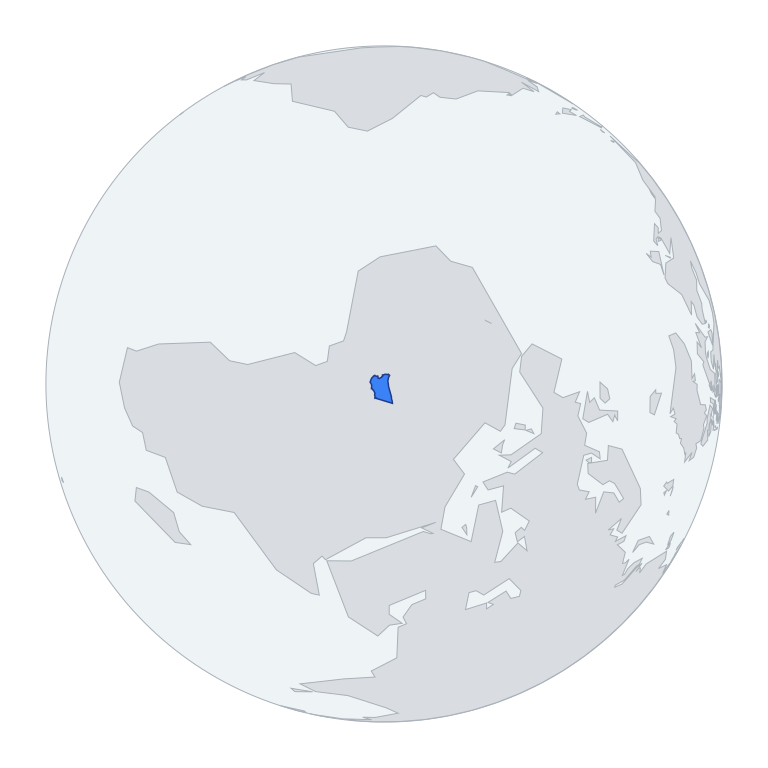 Zinder on an orthographic globe, rotated 108°
{"feature_id": "NER-92", "entity_name": "Zinder", "entity_type": "Department", "adm_level": 1, "iso_a3": "NER", "parent_name": "Niger", "parent_adm1": "", "projection": "orthographic", "projection_center": [9.186, 15.151], "detail": "fine", "context": "on_globe", "style": "filled", "palette": "blue", "viewbox_px": 768, "rotation_deg": 108, "n_neighbors": 0, "source": "natural_earth", "source_scale": "10m", "svg_char_len": 10249}
<svg xmlns="http://www.w3.org/2000/svg" viewBox="0 0 768 768"><g transform="rotate(108 384 384)"><circle cx="384" cy="384" r="338" fill="#eef3f6" stroke="#a8b0b8"/><path d="M308.9,54.5L307.5,54.9L269.3,66.9L274.7,65.4L263.7,70.5L265.9,71.0L258.2,74.1L266.6,72.0L273.2,69.2L279.1,67.6L281.0,68.0L271.5,71.6L269.2,71.9L267.3,73.3L261.8,75.1L265.6,74.4L253.9,79.4L268.2,75.2L261.1,79.9L252.6,83.2L250.1,81.7L224.1,89.0L214.8,93.6L204.1,100.6L191.0,115.0L182.0,121.4L172.3,130.6L178.7,127.1L188.6,118.8L198.2,115.5L209.1,106.8L214.6,104.6L227.2,97.1L228.8,99.8L223.6,106.9L213.3,113.6L210.7,117.3L223.4,112.8L206.9,128.5L200.9,145.0L196.3,149.5L181.9,153.3L174.6,147.4L156.1,156.3L171.6,152.6L159.7,165.6L159.2,169.1L162.0,170.1L167.9,166.3L164.6,171.7L147.9,176.3L150.7,171.5L155.9,169.7L152.4,167.5L141.1,172.6L136.0,179.7L124.4,182.8L120.5,188.3L115.9,192.7L122.7,183.4L110.2,200.7L95.7,213.2L78.3,245.7L91.5,217.4L93.9,211.5L95.2,208.5L92.2,213.5L92.3,213.3L105.8,192.2L120.8,172.1L137.3,153.1L155.1,135.4L174.2,119.1L194.4,104.3L215.7,91.0L237.9,79.3L260.9,69.3L284.6,61.0L308.9,54.5ZM59.2,290.6L58.3,294.2L52.9,316.7L50.3,330.9L50.9,331.4L50.7,341.1L54.1,330.2L58.1,327.3L54.5,346.4L59.6,331.6L59.8,343.2L69.9,351.5L68.2,355.1L76.2,385.3L90.7,403.5L94.0,419.4L91.7,427.0L98.0,432.4L98.2,438.1L128.7,458.0L148.6,477.9L150.8,497.4L139.9,515.4L143.4,558.4L127.4,565.1L132.4,581.5L135.6,601.4L124.7,593.9L137.2,608.6L138.8,613.4L134.3,610.3L141.7,618.8L138.7,616.3L146.4,624.0L150.4,628.2L131.8,608.9L114.7,588.2L99.4,566.1L71.4,509.6L65.8,495.0L58.2,473.6L54.7,459.7L49.4,431.5L46.6,403.1L46.5,400.7L46.3,395.9L46.1,388.1L47.5,367.8L50.0,340.8L50.3,335.3L48.8,342.9L50.1,332.2L59.2,290.6ZM73.2,256.3L69.2,280.5L66.6,277.6L68.0,275.6L70.0,266.9L72.2,257.1L71.3,256.4L73.2,256.3ZM82.2,242.2L82.5,239.5L82.9,240.8L82.2,242.2ZM225.4,96.3L226.2,96.7L223.5,97.8L225.4,96.3ZM230.1,92.9L226.3,94.0L228.0,92.5L230.3,91.9L230.1,92.9ZM234.4,92.0L231.4,90.0L234.4,87.6L245.7,83.4L234.4,92.0ZM274.5,68.2L267.5,71.2L271.6,68.6L274.5,68.2ZM275.6,67.0L279.7,63.1L290.9,59.6L287.3,61.2L300.4,57.1L303.9,57.2L297.5,59.6L289.5,61.6L296.9,60.2L275.6,67.0ZM281.7,66.8L281.6,66.0L291.3,62.7L293.4,63.8L289.6,64.4L281.7,66.8ZM302.2,56.3L309.8,54.5L314.7,54.0L318.3,53.4L305.0,57.0L302.2,56.3ZM288.3,65.4L294.2,64.5L291.4,66.6L282.6,67.4L288.3,65.4ZM292.9,61.6L297.6,60.3L295.7,61.3L292.9,61.6ZM284.5,74.4L284.1,72.9L289.1,70.9L284.5,74.4ZM296.6,64.1L297.6,63.5L299.5,62.7L302.7,62.7L296.6,64.1ZM309.4,56.7L309.8,57.1L315.1,55.1L319.0,55.1L309.3,57.8L315.1,56.7L316.3,56.7L307.1,58.9L309.4,56.7ZM311.8,60.6L300.9,64.9L300.6,67.8L296.1,69.4L297.4,64.5L311.8,60.6ZM309.9,59.3L310.0,60.4L304.4,61.6L300.7,61.6L309.9,59.3ZM325.1,54.4L321.6,53.6L323.8,53.2L325.1,54.4ZM312.8,61.1L315.4,60.1L313.5,61.2L312.8,61.1ZM322.6,56.0L321.0,55.7L323.6,55.1L322.6,56.0ZM321.9,58.7L318.4,60.0L315.8,59.9L321.9,58.7ZM323.1,57.3L327.0,56.6L317.0,59.1L322.0,57.2L323.1,57.3ZM325.2,55.6L326.2,55.1L325.5,55.8L325.2,55.6ZM333.7,58.9L321.7,62.0L316.0,61.6L328.4,58.5L333.7,58.9ZM187.4,658.8L187.6,658.9L190.7,661.0L191.2,661.5L188.7,659.8L187.4,658.8ZM714.3,312.4L712.7,307.0L717.5,331.6L719.0,339.5L720.5,352.9L719.7,345.9L718.8,341.1L715.2,319.9L707.1,292.0L707.5,301.3L703.8,289.2L692.7,268.8L691.3,281.9L691.5,322.1L697.7,354.1L695.1,371.1L676.8,330.9L665.5,302.0L660.9,307.4L640.5,287.2L611.0,295.4L605.0,288.5L599.8,293.9L585.2,289.3L575.4,277.9L567.4,280.7L593.0,310.6L601.4,307.9L606.0,292.8L611.7,304.3L625.6,312.0L616.5,345.9L569.8,383.8L562.4,360.4L512.1,301.0L512.0,293.4L511.7,292.6L510.9,291.2L509.2,303.7L499.6,292.0L529.5,334.3L535.8,353.6L569.2,385.4L566.8,389.7L576.6,395.7L604.8,380.3L605.6,388.4L594.0,428.9L552.5,486.8L556.4,519.1L550.7,547.3L521.4,569.3L520.5,589.6L504.8,598.6L501.6,610.1L487.0,623.3L464.1,636.3L428.7,639.2L429.2,629.5L415.6,610.7L397.9,562.1L409.6,538.1L407.6,519.7L381.7,478.6L387.6,454.7L380.0,444.9L364.7,447.7L355.5,435.8L346.0,435.7L284.6,443.4L264.3,427.0L236.6,377.3L246.6,358.5L245.8,336.0L312.5,262.6L329.6,266.9L385.5,256.3L393.0,258.7L389.7,276.0L434.2,294.7L444.8,279.6L481.9,288.0L504.6,285.0L507.0,252.4L469.8,256.5L460.2,241.9L487.4,225.5L519.4,223.6L516.7,218.0L493.8,207.5L498.4,196.4L485.6,203.3L492.8,208.4L484.9,213.3L477.9,209.1L479.8,205.0L469.4,203.5L462.9,225.0L469.6,232.5L443.9,238.8L452.6,252.3L446.6,259.6L429.8,239.6L429.3,231.8L400.3,211.9L398.4,220.4L425.7,240.2L418.4,239.0L416.1,252.4L412.1,241.3L382.7,219.1L357.8,225.4L330.7,258.6L315.2,261.7L300.1,255.5L305.3,222.6L339.4,219.8L341.7,209.6L330.9,195.6L342.2,196.5L341.9,190.9L354.4,189.8L368.1,176.1L380.3,174.2L381.9,158.1L388.4,155.3L385.6,165.3L390.1,172.0L419.7,169.2L424.4,165.5L423.1,155.6L431.4,156.8L426.3,147.7L441.5,142.9L418.7,141.7L416.6,131.8L423.7,123.8L418.9,120.7L407.3,134.0L406.4,139.7L412.1,144.7L406.0,162.2L396.6,165.7L387.5,147.9L373.2,151.6L372.4,137.5L404.2,107.9L419.4,102.2L452.4,111.5L451.0,117.4L438.5,116.6L453.5,125.6L450.7,120.8L457.6,122.3L457.3,114.5L462.2,115.3L453.5,107.0L459.5,107.2L464.8,112.4L469.5,102.5L480.9,101.7L479.5,99.2L474.9,96.8L492.4,98.2L490.7,96.4L484.3,95.1L476.7,91.0L470.0,84.6L476.4,85.4L479.7,87.8L496.2,94.7L503.9,101.9L505.9,101.7L500.7,95.8L480.6,87.1L474.7,83.2L484.6,86.4L480.6,84.9L479.7,83.2L484.8,82.6L474.1,79.0L455.7,63.6L463.8,62.2L474.7,65.9L468.6,59.5L478.2,60.5L472.3,59.1L465.4,56.4L462.2,55.9L458.9,55.1L445.5,51.7L469.7,57.1L493.5,64.3L516.6,73.2L539.0,83.7L560.6,95.9L581.3,109.7L600.9,124.9L619.3,141.5L636.4,159.4L652.2,178.5L666.6,198.7L679.4,219.9L690.7,242.0L700.2,264.9L708.1,288.4L714.3,312.4ZM293.2,300.3L292.3,307.0L292.2,307.1L293.2,300.3ZM556.2,238.7L573.4,236.8L560.6,218.8L566.2,216.9L559.8,211.9L559.6,217.6L543.2,203.9L548.8,197.1L544.1,189.6L538.1,190.0L530.4,204.8L553.9,223.9L552.1,232.5L556.2,238.7ZM70.4,351.5L71.1,356.3L69.2,355.0L70.4,351.5ZM63.8,284.5L64.1,286.8L63.5,290.6L62.7,290.1L63.8,284.5ZM72.7,300.2L74.3,304.0L71.6,303.3L72.7,300.2ZM69.1,283.9L71.3,298.0L66.2,299.2L65.2,290.6L67.4,291.9L69.1,283.9ZM77.0,251.7L76.6,254.2L75.0,257.1L77.0,251.7ZM82.5,243.3L82.2,243.1L83.4,239.9L82.5,243.3ZM160.7,165.3L161.9,165.1L163.6,167.2L160.5,168.4L160.7,165.3ZM184.6,166.2L178.7,175.0L180.8,169.1L175.4,171.8L173.1,163.6L193.8,151.4L184.8,158.0L184.6,166.2ZM175.7,150.6L174.8,156.3L175.0,150.6L175.7,150.6ZM328.3,164.7L333.8,167.8L330.8,174.1L315.4,179.2L319.6,169.8L328.3,164.7ZM342.2,170.9L337.5,153.4L346.9,150.4L342.4,154.9L349.1,154.7L343.7,162.0L357.3,177.4L355.6,184.2L328.1,188.2L338.0,182.7L332.1,179.7L342.2,170.9ZM308.9,122.6L307.0,117.3L329.8,117.3L328.9,122.3L313.6,127.0L305.5,123.8L308.9,122.6ZM255.0,86.1L252.8,85.8L255.4,84.6L259.4,83.8L255.0,86.1ZM283.9,73.9L267.4,86.6L264.0,86.7L258.4,95.3L247.3,99.2L251.4,93.3L238.6,103.4L237.8,99.6L230.2,106.7L240.3,93.1L239.0,90.9L244.6,91.7L254.8,88.0L258.9,85.7L269.4,78.1L271.8,72.7L282.3,69.0L289.1,67.9L290.1,68.6L283.0,70.6L289.5,70.2L279.9,73.7L283.9,73.9ZM362.6,70.1L353.9,69.9L365.3,74.0L355.8,75.8L357.8,76.2L352.2,79.2L348.7,83.8L343.9,84.2L344.6,85.9L340.9,88.3L340.3,91.0L331.5,92.9L330.0,96.5L326.7,95.4L326.5,101.3L322.7,97.9L317.5,101.4L323.9,102.8L278.1,111.4L261.8,119.2L250.2,128.0L245.3,122.3L252.9,110.9L267.1,98.8L283.5,92.8L278.3,91.8L284.6,88.9L286.1,90.8L287.6,86.1L293.2,84.4L305.8,76.5L304.5,72.0L309.1,69.4L312.4,70.4L314.6,67.3L324.0,67.6L327.4,66.0L340.1,65.3L344.5,68.9L348.1,66.9L357.9,66.8L362.6,70.1ZM337.2,58.8L344.6,61.5L343.0,64.2L321.5,64.6L317.1,66.0L303.3,67.4L305.9,63.8L309.6,63.6L313.8,62.7L311.3,64.1L316.4,62.3L321.7,62.2L327.1,60.9L328.0,62.1L337.2,58.8ZM399.7,252.0L405.1,252.4L413.3,251.1L411.9,259.9L399.7,252.0ZM379.4,236.9L384.1,235.6L386.2,246.4L380.5,246.4L379.4,236.9ZM384.9,226.1L384.2,234.7L381.2,230.0L384.9,226.1ZM389.7,163.9L394.5,162.4L395.7,164.6L393.9,168.3L389.7,163.9ZM394.6,86.4L389.9,84.9L390.9,83.9L385.3,79.0L391.9,77.8L397.9,80.4L394.6,86.4ZM501.7,258.6L496.3,265.5L492.3,262.9L495.0,261.0L501.7,258.6ZM452.8,263.1L464.8,266.1L452.3,265.5L452.8,263.1ZM400.9,84.3L397.9,82.3L403.0,83.0L400.9,84.3ZM396.5,76.9L402.2,77.2L392.1,77.2L396.5,76.9ZM576.9,658.2L575.3,660.4L572.1,661.9L576.9,658.2ZM599.2,533.7L572.3,584.7L559.0,587.5L559.4,574.3L571.3,544.3L587.7,533.1L596.5,518.2L599.2,533.7ZM721.9,383.1L719.6,358.8L720.4,356.8L721.4,364.6L721.9,383.1ZM698.8,356.7L704.1,373.6L702.1,378.4L698.8,356.7ZM452.9,78.0L453.3,85.6L457.9,91.6L467.4,95.5L454.2,93.9L447.0,84.5L452.9,78.0ZM454.7,65.0L446.4,62.6L449.8,62.3L452.1,62.8L454.7,65.0ZM449.9,64.5L440.1,64.5L435.3,62.4L443.9,62.7L449.9,64.5ZM420.8,72.7L420.4,74.8L416.2,73.9L420.8,72.7ZM457.3,55.0L452.8,54.0L453.7,53.9L457.3,55.0ZM440.9,51.4L443.0,52.2L438.1,51.0L440.9,51.4ZM448.4,54.3L442.6,52.3L451.9,54.8L448.4,54.3Z" fill="#d9dde1" stroke="#a8b0b8" stroke-width="1"/><path d="M392.4,394.5L389.6,395.1L389.4,395.2L388.3,395.8L388.2,395.9L388.1,396.0L387.9,396.2L387.8,396.3L387.6,396.5L386.7,397.7L386.5,397.8L386.4,397.8L385.1,397.7L384.7,397.8L382.8,397.6L382.6,397.6L381.1,397.1L380.9,397.0L380.8,396.9L380.6,396.6L380.3,396.3L380.1,396.2L379.9,396.2L379.7,396.2L379.6,396.3L379.5,396.2L378.9,395.7L378.7,395.5L378.6,395.4L379.0,394.7L378.9,393.7L379.0,393.2L378.9,393.0L378.7,392.9L378.5,392.7L378.4,392.6L378.4,392.4L378.5,392.4L378.6,392.2L380.2,391.4L380.3,391.4L380.3,391.2L380.3,390.8L380.2,390.7L380.2,390.3L380.2,390.2L379.4,389.5L379.3,389.4L379.3,389.2L379.2,389.1L378.9,388.9L378.6,388.6L378.4,388.5L378.2,388.5L378.0,388.3L377.9,388.3L377.9,388.2L377.6,388.1L377.3,387.7L377.2,387.7L376.9,387.7L376.7,387.7L376.2,388.2L376.1,388.3L376.0,388.2L375.7,388.1L375.6,387.9L375.5,387.1L375.4,387.0L374.9,386.7L374.7,386.5L374.6,386.1L374.4,385.9L374.2,384.8L374.1,384.6L373.9,384.2L373.9,383.3L373.8,383.1L373.4,382.9L373.9,381.6L374.1,381.3L376.4,381.7L377.4,381.7L377.8,381.4L378.0,381.4L379.1,381.4L379.4,381.4L380.4,381.1L382.8,379.8L384.8,379.0L394.0,372.9L395.6,372.4L397.9,370.8L399.8,370.0L400.1,387.1L399.9,387.1L399.6,387.3L399.5,387.5L399.6,387.8L399.7,388.0L399.9,388.0L400.0,388.1L399.9,388.1L399.5,388.4L399.5,388.5L399.4,388.5L398.9,388.5L397.4,389.5L396.3,389.8L396.2,389.8L395.9,389.7L395.6,389.7L393.3,391.9L393.3,392.0L393.3,392.3L393.2,392.5L392.2,393.5L392.2,393.8L392.4,394.4L392.4,394.5L392.4,394.5Z" fill="#3b82f6" stroke="#1e3a8a" stroke-width="1.5"/></g></svg>